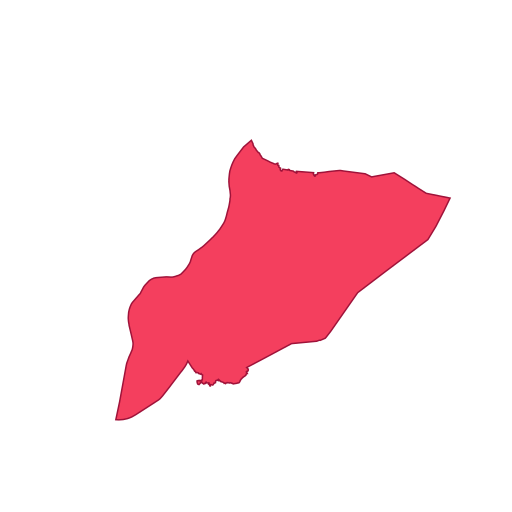 the district of Ringsaker nor, Hedmark, Norway, rotated 63°
{"feature_id": "86288312B88034001552428", "entity_name": "Ringsaker nor", "entity_type": "district", "adm_level": 2, "iso_a3": "NOR", "parent_name": "Norway", "parent_adm1": "Hedmark", "projection": "mercator", "projection_center": [10.885, 60.986], "detail": "fine", "context": "isolated", "style": "filled", "palette": "rose", "viewbox_px": 512, "rotation_deg": 63, "n_neighbors": 0, "source": "geoboundaries", "source_scale": "gbopen_adm2", "svg_char_len": 5824}
<svg xmlns="http://www.w3.org/2000/svg" viewBox="0 0 512 512"><g transform="rotate(63 256 256)"><path d="M244.4,391.5L245.9,393.0L248.3,395.0L251.7,397.1L253.3,398.0L255.6,399.0L257.2,399.6L259.0,400.1L260.3,400.6L269.0,402.7L275.7,404.4L277.6,405.0L278.8,405.6L280.4,406.6L282.4,408.1L283.5,409.1L284.3,410.1L286.0,412.1L288.3,415.0L288.8,415.5L290.2,417.0L292.9,419.9L295.0,421.6L324.1,443.8L338.2,455.2L339.7,452.6L341.4,448.6L342.5,444.4L342.8,442.3L343.0,439.7L342.9,437.8L342.8,435.5L340.0,408.2L339.6,406.3L338.2,402.7L333.2,392.0L332.3,390.2L325.5,376.1L324.6,374.0L322.5,369.9L321.6,368.4L320.4,366.6L318.6,364.4L326.7,363.6L327.5,363.4L328.4,363.1L329.3,363.0L330.5,363.0L330.5,362.7L332.8,362.4L332.8,361.7L333.0,361.7L333.2,361.4L333.9,360.4L334.5,360.5L334.5,360.3L335.1,359.9L336.1,359.2L336.1,358.9L336.2,358.6L336.0,358.3L337.4,358.0L337.7,357.6L337.9,357.6L338.5,358.2L339.3,358.5L339.8,358.9L340.8,359.4L341.7,359.9L342.0,360.2L341.8,360.5L342.2,361.1L342.3,361.6L342.5,361.8L342.2,361.9L342.2,362.1L342.2,361.9L341.8,361.8L341.3,362.5L341.6,362.9L340.8,363.7L340.7,364.0L340.6,364.7L340.8,364.7L340.7,365.2L340.8,365.2L341.0,365.5L342.2,365.9L343.6,366.1L344.4,365.5L344.7,365.1L344.1,363.6L344.0,363.4L343.7,363.0L343.8,362.9L343.5,362.4L343.6,362.1L344.0,361.9L343.7,361.6L343.9,361.4L344.4,361.7L344.5,361.7L346.4,360.6L346.1,360.3L346.0,360.0L346.7,358.8L346.5,358.4L346.2,358.7L346.1,358.0L345.9,358.0L345.7,357.7L346.5,357.5L346.9,357.2L347.2,356.6L347.4,356.0L347.7,355.6L348.0,355.9L348.1,356.1L348.3,356.0L348.2,355.8L348.3,355.7L348.5,356.0L348.4,356.0L348.7,356.4L349.0,356.1L349.2,355.9L349.8,355.7L350.6,356.2L351.1,355.8L351.1,355.6L350.3,355.3L350.0,355.1L349.9,355.0L350.0,354.6L351.2,353.4L351.3,353.1L351.3,352.8L351.2,352.6L351.1,352.3L350.5,351.5L350.5,351.4L350.5,351.2L350.4,351.2L350.2,351.1L350.4,350.3L350.5,349.6L349.8,349.2L349.5,349.1L349.4,348.8L348.9,348.5L348.8,348.3L348.8,347.9L349.1,346.8L349.1,346.4L349.0,346.2L349.3,346.1L349.5,346.5L350.0,346.2L349.7,345.4L350.0,345.2L349.7,345.1L350.2,344.9L350.4,345.0L350.6,344.9L351.3,344.8L351.5,344.7L351.9,344.4L352.0,344.3L351.9,344.2L352.2,344.1L352.3,343.9L352.6,343.7L352.9,343.3L354.0,342.3L355.0,342.2L355.0,341.6L355.2,341.3L355.3,341.2L355.9,341.1L355.9,340.9L355.7,340.7L355.6,340.3L355.7,340.0L355.6,339.2L355.9,338.9L356.3,338.7L356.5,338.1L356.5,337.9L356.5,337.6L357.1,337.3L357.3,337.0L357.4,336.9L357.3,336.4L357.4,336.0L358.0,335.6L358.4,335.4L358.6,335.2L358.8,334.7L359.5,334.5L359.7,334.2L359.8,333.9L359.8,333.5L359.9,333.4L360.7,330.9L360.8,330.5L360.8,330.1L360.8,329.8L361.1,329.3L361.2,329.1L361.2,328.7L361.1,328.4L360.9,328.1L360.8,327.8L360.6,327.4L359.6,326.4L359.5,326.0L359.4,325.7L358.9,325.1L358.8,324.3L358.5,323.8L358.4,323.5L358.4,323.2L358.1,322.8L358.2,322.3L358.1,321.9L357.9,321.2L358.0,320.9L357.9,320.2L357.6,319.6L357.6,319.1L357.5,318.9L357.0,318.6L356.8,318.3L356.8,318.1L356.7,317.7L356.7,317.4L356.8,317.1L356.6,317.1L356.1,317.2L355.8,317.5L355.0,317.1L354.8,317.1L354.8,316.8L354.6,316.4L355.0,316.2L354.8,315.4L354.3,314.8L353.9,314.7L353.3,314.2L352.7,314.6L351.6,314.7L351.1,314.9L350.9,299.6L350.2,264.1L359.5,240.6L359.8,237.8L360.3,237.1L360.7,231.7L360.2,230.4L356.9,223.4L334.8,182.0L328.7,148.3L319.4,95.4L311.3,82.3L301.1,68.1L292.5,56.8L277.4,75.9L269.1,80.8L267.8,81.5L263.1,84.3L255.1,88.8L244.6,95.1L238.0,117.1L232.3,121.4L219.8,139.7L218.3,141.7L217.7,142.8L214.8,150.2L213.8,152.8L212.5,156.7L211.7,158.8L210.5,161.9L209.9,163.1L210.7,163.6L210.6,163.8L211.1,164.5L211.0,165.0L210.9,165.3L210.8,165.9L210.6,166.5L210.8,166.6L211.2,166.7L211.2,166.8L211.4,166.9L211.4,167.1L211.6,167.1L211.5,167.5L210.6,167.7L209.6,167.7L209.3,167.6L208.9,167.7L208.1,167.1L208.1,166.9L207.9,166.8L199.0,181.4L199.7,181.7L200.4,181.7L200.4,182.4L200.0,182.4L200.0,182.6L199.2,182.8L199.0,183.0L198.9,183.3L198.7,183.7L197.3,184.2L195.0,187.2L194.2,187.1L193.7,187.5L193.5,187.8L193.5,188.1L193.5,188.3L193.9,188.6L193.4,189.2L190.9,192.6L191.0,192.7L191.0,192.9L191.0,193.0L191.3,193.2L191.5,193.6L191.6,194.1L192.0,194.4L191.8,194.7L191.7,194.6L191.5,194.9L190.8,195.3L190.3,195.2L190.0,195.0L189.9,195.1L188.7,194.7L188.7,194.4L187.1,195.3L185.9,194.6L185.7,194.6L185.6,194.9L185.3,195.3L185.0,195.1L184.4,195.1L184.0,195.0L183.7,194.5L183.2,194.4L183.1,194.6L183.0,195.4L183.0,195.5L183.1,196.1L183.1,196.7L182.7,197.2L182.2,198.0L181.5,198.4L178.9,200.7L177.0,202.0L171.8,206.0L169.2,206.1L167.5,206.4L166.7,206.2L165.5,206.4L165.2,206.6L164.8,207.0L164.6,207.0L161.6,207.7L160.8,207.6L159.7,207.8L159.1,207.9L158.4,208.1L157.7,208.3L156.9,208.2L156.4,208.1L155.7,208.2L155.2,207.9L154.5,207.7L150.8,207.6L153.2,217.5L158.0,227.5L159.7,230.8L161.9,233.8L163.9,236.2L166.2,238.6L168.4,240.7L170.6,242.3L174.5,244.8L175.7,245.5L176.2,245.7L177.4,246.4L181.7,248.2L186.0,249.5L190.1,251.1L192.0,252.2L193.1,253.1L194.7,254.0L195.8,254.8L198.2,256.6L200.1,258.1L204.1,261.8L206.9,264.2L208.8,266.0L210.2,267.4L211.5,269.0L212.3,270.2L214.4,273.8L214.7,274.4L215.7,276.1L216.8,278.6L217.3,279.6L217.9,281.1L218.9,283.8L219.3,284.9L219.6,285.6L219.9,286.9L220.7,289.3L223.2,298.0L223.7,300.3L223.8,301.4L224.2,303.6L224.7,308.1L225.0,309.3L225.2,310.0L225.9,311.4L226.2,311.8L226.6,312.5L230.3,316.2L231.2,317.0L232.0,318.0L232.8,319.1L234.9,322.7L235.9,324.8L236.3,325.9L237.3,328.7L238.1,331.2L238.1,333.9L237.8,335.3L237.6,336.9L237.1,339.2L236.6,340.7L236.2,341.2L236.0,341.8L235.7,342.2L235.3,342.9L235.0,343.4L234.6,344.1L233.9,345.3L230.0,354.7L229.3,357.1L229.3,358.0L229.2,359.4L229.3,360.6L229.5,362.3L231.4,367.6L231.7,368.3L232.3,369.6L232.7,370.3L235.3,374.0L236.1,375.2L236.6,375.7L236.8,376.0L237.3,377.3L237.7,378.5L238.3,379.8L238.9,381.4L240.5,385.3L241.1,386.8L241.9,388.4L242.8,389.6L244.4,391.5Z" fill="#f43f5e" stroke="#9f1239" stroke-width="1.5"/></g></svg>